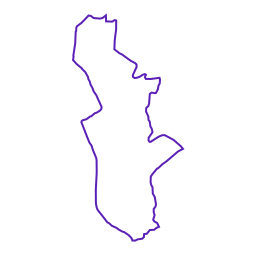 El Progreso, Jutiapa, Guatemala (Natural Earth projection)
{"feature_id": "79465075B52166049172952", "entity_name": "El Progreso", "entity_type": "district", "adm_level": 2, "iso_a3": "GTM", "parent_name": "Guatemala", "parent_adm1": "Jutiapa", "projection": "natural_earth1", "projection_center": [-89.846, 14.381], "detail": "fine", "context": "isolated", "style": "outline", "palette": "violet", "viewbox_px": 256, "rotation_deg": 0, "n_neighbors": 0, "source": "geoboundaries", "source_scale": "gbopen_adm2", "svg_char_len": 1754}
<svg xmlns="http://www.w3.org/2000/svg" viewBox="0 0 256 256"><path d="M183.0,148.9L181.0,146.4L173.6,139.9L164.7,135.1L161.9,135.3L158.5,136.8L150.5,141.9L149.6,141.9L148.6,140.6L148.6,137.9L152.5,132.1L151.7,128.7L150.4,126.4L149.7,121.5L148.5,119.9L148.3,116.4L146.1,111.7L146.1,108.8L146.5,107.6L148.3,106.1L149.1,103.5L149.8,94.0L151.5,92.6L155.2,93.2L156.0,92.9L157.9,89.3L158.5,85.6L159.7,83.6L160.0,79.5L159.5,77.8L150.8,79.0L145.8,78.9L144.9,77.1L145.9,74.7L144.9,74.1L142.7,74.8L140.0,76.6L136.7,77.8L134.6,78.0L133.0,76.9L132.8,75.2L136.6,66.9L136.5,64.5L135.1,63.1L130.6,60.7L121.8,54.3L119.5,53.3L114.4,49.3L114.7,40.5L116.1,29.6L116.2,20.5L114.7,20.1L112.2,21.6L106.1,21.4L105.9,15.4L102.7,17.9L100.0,18.6L93.5,18.0L91.1,16.0L88.6,15.5L81.6,22.8L76.9,26.3L76.3,27.8L76.2,31.0L75.7,31.8L75.2,43.5L73.3,56.0L73.6,56.9L73.0,60.0L76.6,64.0L81.8,68.3L82.1,69.0L85.2,72.0L88.1,77.2L88.4,79.2L89.8,81.6L90.5,84.5L92.6,88.3L93.5,91.1L96.2,95.0L101.5,106.7L101.4,108.8L100.2,110.4L97.0,112.5L94.9,113.2L91.0,116.4L90.1,116.5L86.5,119.2L82.6,120.3L81.6,121.2L81.4,122.2L87.7,138.4L89.5,142.7L91.6,145.7L92.8,149.7L96.2,157.9L96.6,160.7L96.7,172.7L95.8,190.0L95.9,203.4L96.7,207.6L97.7,210.0L102.1,215.5L107.4,222.4L109.1,223.2L111.9,225.8L116.8,228.0L117.7,228.9L121.9,231.4L124.2,232.1L128.6,235.1L131.5,238.1L132.4,240.5L135.1,240.6L137.6,239.4L142.2,238.7L143.9,237.2L144.1,234.1L146.9,233.7L149.8,230.0L154.1,229.8L156.6,227.8L159.0,226.9L157.2,223.0L154.5,221.6L153.2,219.7L154.6,215.1L153.7,212.2L153.7,209.0L155.5,206.6L156.0,204.4L154.8,197.1L152.8,193.6L152.5,187.3L151.2,184.9L150.6,182.2L150.8,176.5L152.1,174.6L157.0,168.6L157.9,168.4L162.3,164.3L166.7,161.1L178.1,151.4L183.0,148.9Z" fill="none" stroke="#5b21b6" stroke-width="2"/></svg>